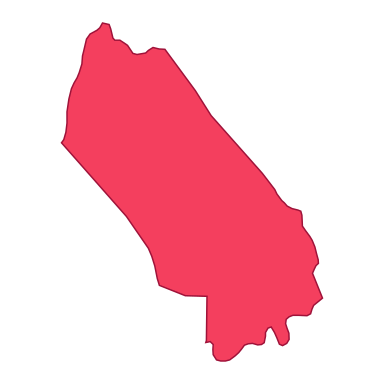 the district of Serian, Sarawak, Malaysia
{"feature_id": "92858781B75054597710860", "entity_name": "Serian", "entity_type": "district", "adm_level": 2, "iso_a3": "MYS", "parent_name": "Malaysia", "parent_adm1": "Sarawak", "projection": "equal_earth", "projection_center": [110.645, 1.147], "detail": "fine", "context": "isolated", "style": "filled", "palette": "rose", "viewbox_px": 384, "rotation_deg": 0, "n_neighbors": 0, "source": "geoboundaries", "source_scale": "gbopen_adm2", "svg_char_len": 1347}
<svg xmlns="http://www.w3.org/2000/svg" viewBox="0 0 384 384"><path d="M61.5,142.8L126.4,216.4L148.4,248.3L151.8,256.3L154.8,266.0L157.3,278.6L159.4,285.4L185.3,295.7L207.0,296.3L206.4,340.5L205.8,342.5L210.2,341.6L213.2,344.5L212.9,349.6L213.2,354.7L216.5,359.9L220.8,361.0L225.4,361.0L229.7,359.9L235.2,355.8L238.7,352.6L241.7,348.9L244.4,345.2L248.2,343.8L252.5,343.4L257.7,344.9L261.5,344.5L264.2,342.7L265.5,336.1L265.5,332.5L268.0,328.1L271.2,327.0L274.5,332.5L276.9,337.9L279.4,344.2L282.6,345.6L286.7,343.4L289.1,339.4L288.9,333.2L287.0,328.1L285.6,323.7L286.2,319.3L289.1,316.8L292.9,315.3L298.4,315.3L307.0,315.7L310.6,313.8L311.9,309.4L313.6,305.4L322.5,298.1L312.5,273.3L314.4,268.9L316.0,265.6L318.4,263.4L318.2,259.8L316.5,253.5L314.9,247.0L312.2,240.4L309.8,236.4L305.7,230.9L302.4,226.1L302.2,221.4L301.9,215.2L300.8,211.2L298.1,210.1L292.1,208.6L287.2,206.1L284.3,202.8L281.8,200.6L276.9,194.0L274.8,189.6L262.3,173.3L211.1,115.6L195.3,90.6L164.9,49.3L159.2,49.0L153.0,47.5L148.4,50.4L145.7,53.0L137.0,54.5L132.9,53.4L127.5,45.3L119.9,40.2L114.8,40.2L112.9,38.0L110.7,28.9L109.1,24.5L102.5,23.0L99.8,27.8L96.9,30.3L90.1,34.0L86.5,39.1L83.6,51.5L82.5,55.9L81.9,64.0L79.2,72.7L77.1,77.8L74.1,82.9L71.4,88.8L68.9,99.0L67.0,111.8L67.0,123.1L65.9,132.3L63.8,139.6L61.5,142.8Z" fill="#f43f5e" stroke="#9f1239" stroke-width="1.5"/></svg>